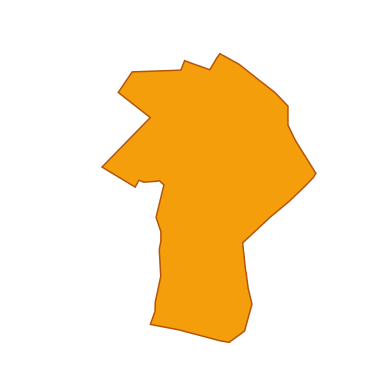 outline of Imbaba, Al Jizah, Egypt, rotated 293°
{"feature_id": "37247803B14597497558400", "entity_name": "Imbaba", "entity_type": "district", "adm_level": 2, "iso_a3": "EGY", "parent_name": "Egypt", "parent_adm1": "Al Jizah", "projection": "albers", "projection_center": [31.208, 30.083], "detail": "fine", "context": "isolated", "style": "filled", "palette": "amber", "viewbox_px": 384, "rotation_deg": 293, "n_neighbors": 0, "source": "geoboundaries", "source_scale": "gbopen_adm2", "svg_char_len": 963}
<svg xmlns="http://www.w3.org/2000/svg" viewBox="0 0 384 384"><g transform="rotate(293 192 192)"><path d="M257.7,298.8L257.8,298.6L258.0,298.1L266.4,286.2L273.8,275.6L279.8,267.1L283.1,263.3L291.1,254.2L303.5,248.9L308.5,246.8L309.6,244.3L313.1,236.2L316.0,229.4L320.4,213.0L320.8,211.3L328.0,185.2L330.2,163.6L325.4,162.5L313.7,160.9L311.5,160.6L310.2,139.1L310.1,133.9L299.8,134.1L279.2,90.0L254.8,85.2L244.2,124.5L179.8,99.4L174.3,137.8L182.1,138.6L182.2,143.8L188.4,155.9L189.7,157.1L187.6,163.4L154.6,168.8L145.9,176.6L143.3,178.9L134.2,182.7L128.5,183.8L126.9,184.2L124.4,185.2L116.4,189.2L107.2,193.7L102.1,196.2L93.0,198.0L76.3,201.2L67.8,204.6L53.8,205.4L60.1,234.4L60.4,236.9L65.9,275.3L68.1,284.9L84.6,294.7L112.2,291.0L125.2,281.4L133.5,276.5L138.4,273.7L141.0,271.8L155.3,263.9L164.9,258.5L199.4,273.8L208.1,278.3L221.2,285.0L238.1,292.3L242.2,294.0L252.3,297.9L255.3,298.4L257.7,298.8Z" fill="#f59e0b" stroke="#b45309" stroke-width="1.5"/></g></svg>